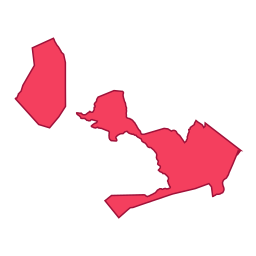 the district of Constancia del Rosario, Oaxaca, Mexico
{"feature_id": "50627088B39624413829730", "entity_name": "Constancia del Rosario", "entity_type": "district", "adm_level": 2, "iso_a3": "MEX", "parent_name": "Mexico", "parent_adm1": "Oaxaca", "projection": "robinson", "projection_center": [-98.006, 17.064], "detail": "fine", "context": "isolated", "style": "filled", "palette": "rose", "viewbox_px": 256, "rotation_deg": 0, "n_neighbors": 0, "source": "geoboundaries", "source_scale": "gbopen_adm2", "svg_char_len": 5801}
<svg xmlns="http://www.w3.org/2000/svg" viewBox="0 0 256 256"><path d="M105.0,200.7L118.8,217.7L127.6,209.9L130.3,207.7L132.9,207.5L141.8,204.4L169.8,194.9L172.9,193.9L195.2,188.6L208.9,183.6L210.5,185.6L211.5,186.8L212.7,196.4L213.4,196.3L213.9,195.8L214.4,195.6L215.3,195.2L216.2,194.5L216.8,194.2L217.8,194.3L219.0,194.2L220.4,193.8L221.4,193.1L222.6,192.7L223.3,191.6L223.9,190.1L224.0,189.1L223.8,187.9L223.5,186.9L223.2,186.3L222.8,184.9L222.5,182.8L222.7,181.9L223.3,180.4L224.1,179.5L224.8,179.0L225.8,178.4L226.4,178.0L227.7,175.9L227.8,175.7L227.7,175.6L227.8,175.5L228.0,175.3L228.3,174.9L229.0,172.8L229.1,172.5L230.7,168.9L232.4,165.0L232.7,164.3L232.9,163.9L234.1,160.9L236.2,155.9L237.8,152.1L238.2,150.9L238.6,151.3L238.4,153.4L240.3,150.8L239.9,150.2L240.6,150.3L205.2,123.0L205.1,124.6L205.0,126.4L204.2,127.1L203.7,127.5L203.4,126.7L202.2,124.9L200.0,123.4L197.8,122.0L196.0,120.5L194.4,123.5L194.4,124.5L190.3,127.5L190.1,129.0L188.8,129.5L189.0,131.0L189.1,131.9L188.6,132.9L188.1,133.9L187.9,135.0L187.6,136.0L187.2,136.9L187.3,137.6L187.4,138.5L186.8,139.7L186.4,140.3L186.3,141.1L185.0,142.2L184.6,142.6L183.7,141.4L182.6,139.6L181.8,138.6L180.9,137.2L179.7,135.5L178.0,134.2L177.1,133.3L176.3,131.7L175.5,130.9L174.0,130.3L172.6,130.5L171.4,131.1L167.9,128.9L164.1,128.4L144.4,134.2L144.1,134.3L141.6,134.2L141.3,134.0L141.2,133.7L140.8,133.0L140.6,132.6L140.6,132.0L140.4,131.6L140.1,131.0L139.8,130.6L139.3,130.2L138.9,129.7L138.5,129.3L138.1,128.6L137.7,127.9L137.2,127.2L136.9,126.5L136.7,126.2L136.5,125.6L136.0,125.0L135.8,124.6L135.4,124.0L134.5,122.4L134.0,122.1L133.4,121.5L133.0,120.8L132.6,120.4L132.2,120.0L131.5,119.7L131.1,119.3L130.4,119.3L129.9,118.6L129.2,118.5L128.3,118.3L127.7,118.2L127.1,117.8L126.7,117.6L126.5,117.3L126.5,117.0L126.3,116.5L126.4,115.9L126.4,115.0L126.3,114.0L126.2,113.6L126.2,112.9L126.4,112.2L126.5,111.4L126.5,110.0L126.3,109.8L126.3,108.9L126.5,108.4L126.4,107.3L126.0,106.7L125.8,106.3L125.8,105.7L125.6,104.8L125.5,103.8L125.4,103.2L125.2,102.7L125.0,102.3L124.7,101.8L124.3,100.8L124.2,100.1L124.0,99.6L123.9,98.9L123.5,98.2L123.5,97.6L123.3,96.7L123.1,96.1L123.1,95.4L123.1,94.2L123.2,93.8L123.4,93.2L123.4,92.7L123.4,92.3L122.6,91.4L114.0,90.6L98.1,97.1L97.8,97.7L97.3,98.3L97.0,99.0L96.6,100.0L96.6,100.9L96.2,101.7L95.4,102.4L94.8,103.2L94.3,104.2L94.5,105.1L94.9,105.3L95.1,106.1L95.0,107.0L94.6,107.0L94.2,107.3L94.1,108.1L94.2,108.8L94.2,109.7L93.8,110.4L93.4,111.1L93.1,111.6L92.6,112.2L92.1,112.2L91.6,112.2L91.1,112.3L90.6,112.0L90.2,111.7L89.9,111.4L89.6,111.4L89.4,111.5L89.3,111.9L89.2,112.2L88.4,112.6L87.8,112.9L87.2,113.4L86.7,113.8L86.1,114.3L85.8,114.5L85.3,114.7L84.3,114.8L83.8,114.8L83.1,114.7L82.6,114.5L82.1,114.1L81.8,113.7L81.0,113.1L80.6,113.3L79.8,113.2L78.9,113.1L78.0,112.9L76.7,112.9L76.7,113.5L77.0,114.1L77.7,114.8L78.3,115.1L79.1,115.7L79.9,116.4L80.6,117.3L80.9,118.2L82.0,118.5L84.8,118.4L84.9,118.7L85.9,119.4L86.3,119.7L86.8,120.3L87.8,120.4L88.7,120.8L89.3,120.8L90.4,120.6L90.7,120.1L91.2,119.7L92.3,119.6L92.8,120.0L93.7,120.1L97.3,121.2L96.8,122.3L96.6,122.7L95.9,122.9L95.3,123.2L94.6,123.4L94.0,123.8L93.3,124.3L92.5,124.9L92.0,125.4L91.4,125.9L91.3,126.0L91.4,126.4L91.7,126.7L92.2,126.9L93.0,127.2L93.7,127.5L94.1,127.8L94.8,127.8L95.5,128.0L96.5,127.6L97.4,127.3L97.9,127.3L98.2,127.8L98.6,128.0L99.3,128.0L100.0,128.2L100.6,128.3L101.6,128.4L102.8,128.9L103.3,129.2L104.0,129.4L104.8,129.7L105.9,130.2L107.1,130.6L108.5,131.1L108.9,131.6L109.2,132.1L109.3,132.6L109.2,133.1L109.1,134.0L109.1,134.7L109.0,135.5L109.1,136.5L109.2,138.0L109.6,138.9L109.8,139.4L110.6,140.0L110.9,140.5L111.7,140.7L112.4,140.7L113.0,140.7L113.4,140.8L116.2,141.0L116.6,140.8L116.8,140.4L116.8,140.0L116.7,139.6L116.5,139.2L116.3,138.7L116.1,138.3L115.9,138.1L115.8,137.6L116.0,137.1L116.2,136.7L116.4,136.5L116.9,136.0L117.6,135.4L118.1,135.0L118.8,134.6L119.4,134.3L120.1,133.9L121.2,133.7L123.1,133.6L123.7,133.0L124.2,132.5L124.5,132.2L124.8,131.9L127.0,131.3L127.3,131.5L127.6,131.8L127.9,132.3L128.4,132.7L128.9,133.1L129.3,133.3L129.8,133.4L130.4,133.8L131.3,133.8L131.6,134.1L132.7,134.3L133.1,134.3L133.4,134.2L134.0,134.5L134.2,134.9L134.5,135.1L135.2,135.2L136.0,135.2L136.3,135.6L136.6,136.2L137.2,136.5L137.7,137.1L138.5,137.4L138.8,137.6L141.3,139.1L141.4,139.6L141.8,140.6L142.0,141.2L142.4,141.5L142.9,141.9L143.2,142.0L144.1,142.6L144.6,142.7L145.4,143.3L145.8,143.8L146.3,144.3L146.7,144.8L147.1,145.7L147.6,146.5L148.2,147.0L149.3,147.5L150.1,147.5L150.9,147.6L153.3,149.7L154.1,150.4L154.5,151.0L155.0,151.7L155.7,152.4L156.2,153.2L156.6,154.1L156.8,155.1L156.6,155.7L156.5,157.0L156.4,157.7L156.7,158.5L156.9,159.2L157.3,159.7L157.8,160.2L158.2,161.0L158.2,161.8L158.0,162.6L157.8,163.3L157.7,164.1L158.3,164.8L159.5,165.5L160.2,166.2L160.4,167.0L160.1,168.1L159.6,168.8L158.9,169.5L158.4,170.1L159.9,171.6L160.8,172.0L162.0,172.5L162.6,173.1L163.0,173.6L163.9,173.5L164.7,173.7L166.8,175.6L167.3,176.1L168.0,176.9L168.5,177.9L168.4,179.4L167.9,180.2L167.6,180.9L167.8,181.7L168.2,182.1L168.4,183.6L168.9,184.4L169.5,186.0L170.2,186.7L170.3,187.4L169.9,188.0L169.2,188.2L168.5,188.6L167.8,188.8L166.5,188.9L165.8,188.6L165.1,188.4L163.4,188.9L162.7,189.3L162.0,189.3L161.4,188.8L159.9,188.7L158.5,189.6L157.5,190.1L156.8,191.0L156.0,192.0L155.1,192.9L153.6,193.6L152.4,194.4L151.4,194.7L150.0,195.5L149.0,196.0L148.1,196.2L147.3,196.6L145.9,195.9L145.1,195.1L144.1,194.8L130.1,195.1L111.5,195.5L105.0,200.7ZM49.6,127.8L58.8,116.8L65.5,106.4L65.4,87.4L65.4,62.6L63.6,54.3L61.4,52.3L61.0,51.2L60.3,50.1L59.9,49.4L58.4,46.9L57.1,45.4L56.4,44.3L55.5,42.6L54.7,41.4L54.2,39.8L53.4,38.3L32.3,47.9L34.4,65.4L22.9,85.3L21.1,91.1L19.4,92.9L18.8,93.6L18.4,93.9L18.3,94.2L18.4,94.5L16.8,98.0L15.7,98.2L15.4,98.7L38.7,124.5L49.6,127.8Z" fill="#f43f5e" stroke="#9f1239" stroke-width="1.5"/></svg>